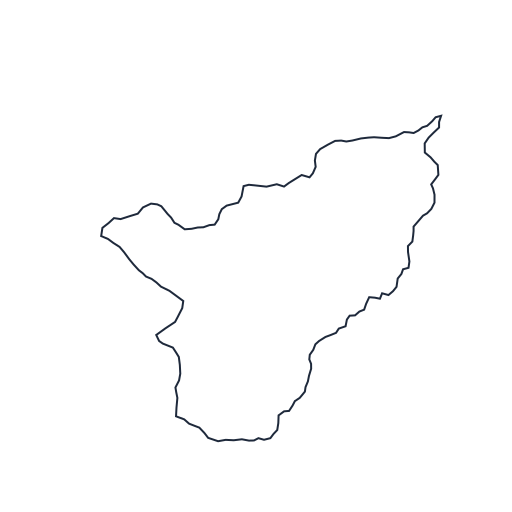 outline of Pedranópolis, São Paulo, Brazil, rotated 17°
{"feature_id": "56859067B55609177592280", "entity_name": "Pedranópolis", "entity_type": "district", "adm_level": 2, "iso_a3": "BRA", "parent_name": "Brazil", "parent_adm1": "São Paulo", "projection": "mercator", "projection_center": [-50.105, -20.203], "detail": "fine", "context": "isolated", "style": "outline", "palette": "slate", "viewbox_px": 512, "rotation_deg": 17, "n_neighbors": 0, "source": "geoboundaries", "source_scale": "gbopen_adm2", "svg_char_len": 2274}
<svg xmlns="http://www.w3.org/2000/svg" viewBox="0 0 512 512"><g transform="rotate(17 256 256)"><path d="M392.0,67.8L387.2,70.8L385.1,75.6L381.6,81.5L377.5,84.3L374.6,88.5L370.8,92.3L366.2,93.0L361.3,94.2L354.7,100.7L348.7,104.4L342.0,106.1L334.2,107.9L328.9,109.9L322.0,112.9L314.4,117.4L308.9,120.1L303.8,120.7L298.0,122.8L292.2,128.5L286.1,135.0L283.5,140.8L284.4,147.5L287.0,153.3L286.2,160.3L284.2,165.1L276.0,165.2L266.2,176.4L262.5,181.4L254.9,181.3L245.8,186.6L233.7,188.9L228.3,190.0L223.7,192.8L224.8,203.3L223.4,210.2L213.2,216.4L209.6,221.2L208.7,226.7L209.2,231.9L207.3,238.1L202.4,240.1L197.3,243.9L191.9,245.8L186.5,248.8L180.0,251.3L172.7,248.8L168.3,248.1L163.6,244.1L159.1,241.6L150.9,236.1L146.5,235.5L140.3,236.6L133.7,242.6L130.6,250.1L123.9,254.6L115.7,260.3L109.1,261.3L105.4,267.6L100.9,274.0L102.1,282.2L109.6,283.0L115.7,285.2L122.9,287.2L128.8,291.0L135.8,296.2L141.4,299.9L148.2,303.9L152.8,305.6L156.8,307.8L162.8,308.4L168.5,310.4L174.1,313.1L183.4,314.6L199.6,320.3L200.7,327.4L198.9,337.5L197.9,342.7L190.5,351.7L183.7,360.7L188.2,365.6L192.5,367.0L203.3,367.9L207.7,371.6L211.7,375.1L215.0,382.4L218.0,390.7L218.8,397.5L217.4,405.3L219.5,409.5L222.3,414.7L224.3,424.3L226.4,432.7L235.1,433.2L241.0,435.9L247.5,436.4L252.0,436.7L258.5,440.4L263.4,443.9L273.9,444.2L280.7,440.7L288.6,438.7L296.1,435.4L303.2,434.6L308.0,433.0L311.6,429.5L317.4,429.4L323.0,426.0L324.8,421.0L327.2,416.2L326.2,409.3L324.2,401.8L328.3,396.3L332.9,394.5L334.7,388.3L335.6,383.4L339.3,378.9L342.4,371.4L341.7,366.9L342.3,360.8L341.7,355.0L341.7,347.7L340.2,343.0L337.2,339.3L336.3,334.7L338.2,329.0L338.6,323.1L341.2,318.8L346.1,313.1L350.3,309.9L355.0,306.1L356.4,301.2L362.2,297.0L361.5,290.2L363.0,285.7L368.1,283.8L371.1,278.9L375.1,275.7L375.3,269.5L376.3,262.3L381.9,261.1L387.0,260.6L387.5,254.8L394.1,254.6L397.3,249.6L399.4,244.4L398.1,236.1L400.3,230.7L400.5,225.7L405.3,222.7L404.3,216.4L400.2,207.7L398.4,202.1L401.3,196.5L400.3,190.5L399.4,186.1L398.1,181.8L400.1,177.3L403.9,168.6L407.1,165.2L409.9,159.7L411.1,152.8L408.8,145.2L405.5,139.6L402.6,136.3L404.8,130.4L406.7,125.1L403.2,115.9L399.0,113.7L394.1,110.6L387.2,107.7L384.4,99.0L386.5,92.3L389.8,86.1L393.5,79.6L391.9,74.3L392.0,67.8Z" fill="none" stroke="#1e293b" stroke-width="2"/></g></svg>